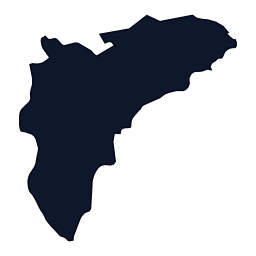 outline of Alicante
{"feature_id": "ESP-5803", "entity_name": "Alicante", "entity_type": "Autonomous Community", "adm_level": 1, "iso_a3": "ESP", "parent_name": "Spain", "parent_adm1": "", "projection": "equal_earth", "projection_center": [-0.576, 38.363], "detail": "fine", "context": "isolated", "style": "filled", "palette": "ink", "viewbox_px": 256, "rotation_deg": 0, "n_neighbors": 0, "source": "natural_earth", "source_scale": "10m", "svg_char_len": 2094}
<svg xmlns="http://www.w3.org/2000/svg" viewBox="0 0 256 256"><path d="M192.6,15.4L196.1,18.2L200.6,19.3L208.0,20.1L215.9,22.4L223.0,26.5L228.1,32.5L227.4,32.8L225.8,34.1L227.7,35.0L229.0,36.4L233.5,40.1L235.1,39.7L236.1,42.3L236.2,45.7L235.1,47.4L232.0,47.5L229.3,48.2L226.8,49.6L224.5,51.9L222.5,56.5L222.2,57.0L221.6,57.8L218.4,58.0L217.3,58.5L215.1,60.8L213.2,61.8L211.4,63.3L209.8,66.7L211.1,69.7L207.7,68.9L205.5,69.5L203.3,70.5L200.3,71.1L195.4,71.2L193.1,72.0L190.8,73.9L188.9,77.5L188.8,80.6L189.1,83.6L188.0,86.7L185.5,89.4L183.1,90.4L176.3,90.4L168.8,92.2L164.7,93.8L159.5,97.7L143.8,104.6L141.3,106.4L140.3,108.9L139.0,109.8L133.0,116.7L131.2,120.0L130.6,124.2L130.6,126.4L130.0,127.3L124.7,127.6L122.3,128.4L120.6,130.1L120.0,133.4L114.2,133.1L112.7,141.7L115.2,161.5L113.3,164.0L110.4,164.8L104.5,164.3L100.8,165.3L97.8,167.8L95.5,171.2L93.7,174.8L92.7,177.9L92.0,181.3L91.5,190.5L90.7,204.8L90.4,208.8L88.9,210.8L84.5,212.5L81.4,216.0L79.8,218.9L73.2,236.2L72.9,239.7L72.9,240.0L69.7,240.6L68.5,240.3L67.8,239.9L66.9,238.9L65.7,237.8L64.3,236.9L61.3,236.0L60.0,235.2L53.0,227.6L51.8,226.5L47.2,220.9L46.1,219.2L44.3,215.1L42.0,211.4L40.9,209.9L39.1,206.5L39.0,206.3L36.4,200.8L33.0,195.0L32.3,194.1L31.3,193.1L30.2,191.6L29.2,189.4L28.4,185.4L28.1,181.1L28.9,177.1L29.8,174.7L34.6,167.2L35.9,164.1L36.3,162.4L37.4,155.6L37.9,154.0L38.6,150.3L38.7,147.7L36.3,139.0L34.5,136.0L33.6,135.2L31.7,133.8L25.6,131.7L22.4,131.2L21.0,130.6L20.3,128.5L19.8,125.2L19.8,116.3L20.2,113.0L21.2,110.6L22.3,109.0L28.6,103.0L29.7,101.7L30.5,100.1L31.0,98.4L30.6,93.4L31.2,90.1L32.8,84.1L32.8,78.5L30.1,64.6L32.7,63.8L33.5,64.0L37.5,64.2L40.8,63.7L43.7,62.6L48.8,58.8L49.6,58.0L49.6,57.3L48.5,55.6L47.5,54.3L45.7,51.6L44.7,50.4L43.2,48.1L42.2,45.5L41.4,41.3L41.5,39.6L42.1,38.1L43.7,37.5L45.2,36.4L47.5,39.0L48.8,39.6L50.5,39.7L54.0,38.8L55.6,38.8L57.2,39.9L61.6,44.8L63.9,46.0L75.2,43.1L78.0,43.4L91.0,51.0L93.8,54.4L96.8,56.2L114.6,45.6L112.4,42.5L110.4,41.3L108.1,41.6L105.0,42.8L100.1,34.3L129.4,29.1L146.8,15.6L159.9,21.7L192.6,15.4Z" fill="#0f172a" stroke="#020617" stroke-width="1.5"/></svg>